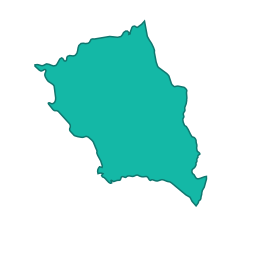 the Province of Si Sa Ket, rotated 161°
{"feature_id": "THA-425", "entity_name": "Si Sa Ket", "entity_type": "Province", "adm_level": 1, "iso_a3": "THA", "parent_name": "Thailand", "parent_adm1": "", "projection": "natural_earth1", "projection_center": [104.414, 14.961], "detail": "fine", "context": "isolated", "style": "filled", "palette": "teal", "viewbox_px": 256, "rotation_deg": 161, "n_neighbors": 0, "source": "natural_earth", "source_scale": "10m", "svg_char_len": 4529}
<svg xmlns="http://www.w3.org/2000/svg" viewBox="0 0 256 256"><g transform="rotate(161 128 128)"><path d="M185.0,215.1L184.0,215.1L181.8,213.8L180.0,212.2L178.2,210.9L175.9,210.6L174.1,211.7L170.0,215.4L168.0,215.9L167.1,215.0L166.4,212.2L165.2,211.6L164.1,212.1L162.8,214.6L161.9,215.4L159.6,215.5L156.3,213.9L154.1,213.9L151.9,215.4L150.4,217.6L149.1,220.0L147.6,222.0L144.9,223.2L142.7,222.7L140.6,221.6L138.1,221.1L136.7,221.5L135.6,222.4L134.7,223.3L134.0,223.8L133.5,223.8L132.7,223.8L131.8,223.5L130.9,223.1L115.5,220.5L108.2,217.1L104.9,216.8L102.9,218.0L101.1,219.7L98.7,220.4L97.0,219.8L96.3,218.3L96.1,216.9L96.6,216.3L95.4,216.3L95.1,216.7L94.9,217.6L91.5,221.8L90.5,222.4L88.8,222.3L87.8,221.5L87.2,220.5L86.3,220.1L81.4,221.6L77.6,223.7L79.9,208.4L79.3,204.7L79.1,203.6L78.9,203.1L78.2,200.1L77.7,195.9L77.7,194.1L77.7,192.8L78.5,190.8L79.9,181.2L79.9,176.6L79.5,175.5L79.3,175.1L73.6,166.8L72.6,164.6L72.4,163.7L72.5,155.8L72.3,154.7L71.4,152.9L71.2,152.5L70.8,152.2L70.4,151.9L69.2,151.8L68.6,151.7L67.5,151.5L66.6,151.1L61.9,148.3L61.4,147.8L61.0,147.1L60.4,145.8L60.2,145.0L60.2,144.2L60.7,143.3L61.0,142.9L61.4,141.7L62.4,137.8L62.8,136.7L63.1,136.3L63.6,134.8L65.1,132.0L67.6,129.0L68.0,128.0L68.2,126.8L68.4,126.3L68.6,125.8L68.9,125.5L70.5,124.3L70.8,123.9L71.1,123.4L71.3,122.7L71.4,120.8L71.5,120.4L71.7,120.1L72.3,119.5L72.7,119.2L73.2,118.7L73.5,117.7L73.9,115.6L73.8,113.3L73.7,112.1L73.3,111.4L72.4,110.4L71.6,107.0L71.0,102.0L70.6,99.9L70.2,98.7L69.3,98.1L68.8,97.7L68.3,97.1L67.8,95.7L67.7,94.9L67.7,94.1L68.1,92.8L68.3,91.7L68.4,89.7L68.7,88.7L69.0,88.0L69.4,87.3L69.7,86.5L70.0,84.6L70.0,83.7L69.8,83.0L69.4,82.5L69.0,81.9L68.5,80.8L68.5,80.1L68.8,79.7L69.2,79.6L69.7,79.6L70.2,79.5L70.6,79.2L71.0,78.9L71.2,78.4L71.5,77.6L71.5,77.4L72.3,77.0L72.8,76.5L73.2,75.9L73.5,74.6L73.8,73.9L74.2,73.5L74.7,73.3L75.1,72.9L75.3,72.2L75.5,71.5L75.7,71.0L76.0,70.6L77.0,69.6L77.4,69.3L78.2,68.8L80.1,68.1L80.6,67.9L81.1,67.4L81.4,66.8L81.9,65.6L81.8,64.0L80.7,62.1L80.3,59.8L79.7,58.0L78.3,57.1L76.1,56.9L71.5,57.0L69.6,56.7L70.4,54.2L75.2,47.2L78.0,44.8L79.2,42.9L80.0,41.1L81.2,39.4L82.2,37.4L82.9,36.7L83.5,36.4L84.2,36.2L85.1,35.7L85.8,34.5L87.1,33.5L89.0,32.2L91.3,37.8L91.9,42.3L95.1,46.0L104.6,61.7L105.9,63.4L107.6,64.3L108.6,65.0L111.4,67.4L112.3,67.9L112.8,68.1L113.3,68.2L117.4,68.3L118.2,68.6L119.3,69.2L121.0,70.6L121.9,71.2L122.7,71.4L123.1,71.2L123.8,71.1L124.2,71.4L124.5,71.8L124.7,72.2L124.9,72.9L125.0,73.6L125.3,74.8L125.6,75.4L126.1,75.9L126.5,76.2L128.1,76.6L129.2,76.8L130.1,77.1L130.6,77.3L132.3,78.4L134.0,80.1L134.4,80.4L134.8,80.6L136.0,80.7L138.3,80.5L139.1,80.6L139.5,80.7L139.9,80.9L142.0,82.1L142.6,82.4L143.6,82.6L144.2,82.6L144.7,82.6L145.9,82.1L146.1,82.1L146.4,82.1L146.5,82.1L147.1,82.5L148.6,83.7L149.1,83.8L149.6,83.9L150.0,83.8L150.5,83.5L151.3,82.5L151.7,82.0L151.8,81.9L152.0,81.6L152.4,81.4L152.8,81.3L153.3,81.4L154.3,81.7L155.5,82.0L158.9,82.0L159.1,82.1L160.5,83.8L160.9,84.0L161.2,83.9L161.3,83.4L161.1,82.1L161.1,81.9L161.2,81.7L161.3,81.4L162.1,81.4L162.7,81.5L163.9,82.9L165.5,86.4L165.3,86.2L166.5,88.6L167.1,89.3L167.7,89.7L168.2,90.4L168.4,91.8L166.5,92.9L167.8,94.0L169.3,94.5L171.2,94.6L170.9,96.7L170.2,98.3L169.0,99.6L167.5,100.6L165.4,99.2L164.8,100.2L164.6,100.6L164.6,101.2L164.5,105.8L165.5,111.8L165.6,113.5L165.6,114.6L164.9,116.1L164.8,116.7L164.8,117.3L165.1,121.0L165.1,121.8L165.4,126.3L166.2,128.4L168.4,132.2L169.1,132.9L169.5,133.2L169.9,133.5L170.3,133.7L170.8,133.8L173.1,133.8L174.2,134.0L175.1,134.4L178.2,136.1L180.6,137.8L181.3,138.5L181.5,138.9L183.6,143.7L183.7,144.3L183.8,145.0L183.5,146.1L183.1,146.7L182.4,147.4L182.2,147.9L182.0,148.4L181.8,149.0L181.7,149.7L181.8,150.6L182.2,151.7L188.4,166.2L188.7,166.6L189.0,167.0L189.4,167.3L189.8,167.6L190.2,167.8L191.3,168.1L191.7,168.3L192.1,168.6L192.4,169.0L192.7,169.5L193.0,170.0L195.3,176.5L195.3,177.0L195.3,177.4L194.7,177.6L194.3,177.5L193.8,177.2L192.8,176.2L192.4,175.9L192.0,175.7L191.5,175.6L190.9,175.6L190.4,175.6L189.9,175.8L188.7,176.5L188.3,176.9L188.0,177.2L187.2,178.5L187.0,179.0L186.6,180.0L184.2,191.6L184.4,192.5L184.8,193.6L187.6,197.3L188.0,197.7L188.2,198.1L188.6,199.0L189.0,200.4L189.5,203.0L189.5,204.3L189.4,205.2L189.0,206.1L188.7,206.6L187.3,208.2L187.1,208.6L186.9,209.0L186.9,209.5L187.1,210.0L187.5,210.4L188.3,210.5L188.8,210.4L189.4,210.2L190.5,210.1L191.1,210.1L191.7,210.2L193.0,211.5L195.8,216.7L195.4,218.0L193.1,217.5L192.0,216.9L189.8,215.3L188.8,214.8L187.5,214.7L185.0,215.1Z" fill="#14b8a6" stroke="#0f766e" stroke-width="1.5"/></g></svg>